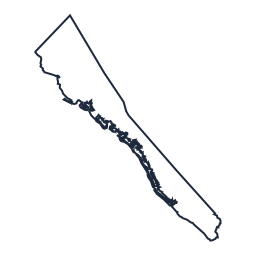 the district of West Areare, Malaita, Solomon Islands
{"feature_id": "97153195B24972598877483", "entity_name": "West Areare", "entity_type": "district", "adm_level": 2, "iso_a3": "SLB", "parent_name": "Solomon Islands", "parent_adm1": "Malaita", "projection": "natural_earth1", "projection_center": [161.183, -9.358], "detail": "fine", "context": "isolated", "style": "outline", "palette": "slate", "viewbox_px": 256, "rotation_deg": 0, "n_neighbors": 0, "source": "geoboundaries", "source_scale": "gbopen_adm2", "svg_char_len": 5988}
<svg xmlns="http://www.w3.org/2000/svg" viewBox="0 0 256 256"><path d="M35.4,51.6L35.4,52.4L37.8,55.2L40.8,57.2L41.3,59.0L40.5,63.5L41.2,64.6L40.5,66.4L43.0,68.7L42.8,70.2L43.9,71.1L44.4,72.2L54.3,75.2L56.1,76.2L57.5,75.5L59.0,76.5L59.8,77.8L57.6,76.4L57.4,78.9L58.1,81.8L57.8,83.8L60.0,84.6L59.8,87.9L62.1,90.8L63.1,93.7L67.7,98.4L69.7,99.1L70.3,100.5L71.2,100.3L71.1,101.1L72.1,101.8L71.7,102.5L71.6,101.9L70.7,102.1L66.6,100.5L64.7,98.8L63.7,99.6L70.1,102.8L74.1,104.0L76.4,103.4L76.7,102.2L78.1,100.3L79.0,100.2L81.6,102.2L81.3,103.6L79.6,105.3L80.5,107.3L84.6,109.8L87.0,110.2L88.3,109.0L88.2,107.3L85.8,108.0L84.0,107.4L82.2,105.8L82.5,104.0L82.1,102.8L82.6,102.6L82.8,104.4L84.2,106.5L87.0,106.9L87.4,106.7L86.8,105.8L85.4,105.7L84.9,102.8L85.3,102.7L85.8,104.1L86.3,102.6L86.9,102.8L87.2,101.9L88.8,103.7L90.1,102.5L90.0,101.5L91.2,100.5L91.2,102.5L91.7,103.1L90.5,103.8L91.5,105.1L91.4,105.7L90.4,105.6L90.3,106.2L90.5,106.9L91.4,106.4L92.1,107.1L91.3,107.6L92.0,108.0L91.5,109.0L92.6,108.7L91.2,109.7L93.3,109.0L93.9,109.8L92.8,109.9L93.1,110.5L92.3,110.8L91.1,110.6L91.0,111.2L90.3,109.1L89.2,111.2L91.2,115.3L94.5,118.7L96.1,119.1L96.1,117.9L98.6,115.0L98.9,115.8L100.1,116.2L99.6,117.5L100.0,117.9L101.0,117.9L101.7,119.0L102.3,118.3L102.7,118.6L102.6,119.3L103.0,119.2L102.4,120.1L103.3,120.6L103.9,122.1L105.5,121.8L105.6,120.8L106.5,121.3L107.6,120.9L108.3,122.0L110.5,121.1L111.6,122.5L111.4,123.5L114.9,125.1L115.1,125.9L113.4,126.1L112.3,125.2L111.3,125.8L111.0,126.4L111.8,126.6L112.3,128.9L113.7,128.0L115.6,128.4L116.6,129.7L116.1,130.8L116.9,130.3L117.3,130.8L118.5,129.5L119.0,131.9L119.9,131.7L120.0,132.7L121.4,131.5L120.0,134.1L120.7,133.9L121.7,134.7L122.7,134.0L122.8,132.6L123.5,133.1L122.9,134.1L123.6,134.1L124.0,133.2L125.4,133.5L126.0,132.5L127.3,133.1L127.3,134.2L126.5,134.2L126.4,135.8L124.8,135.1L124.7,136.2L122.6,137.5L123.2,138.1L124.1,137.0L125.6,137.1L128.6,139.4L128.8,138.8L130.1,139.3L129.6,140.2L129.0,139.4L128.5,140.4L129.0,141.0L130.0,140.7L131.5,142.4L131.0,143.4L132.5,145.3L132.1,146.2L132.9,147.0L133.4,146.2L132.4,144.5L132.7,143.2L132.1,141.8L132.8,142.6L132.8,143.5L134.0,144.6L132.9,140.3L135.7,139.7L135.1,141.3L135.6,144.3L136.3,144.0L135.9,141.7L136.3,141.7L136.0,142.2L136.3,142.4L136.6,140.6L137.1,143.0L137.9,143.8L137.6,145.2L139.2,145.2L138.4,144.6L138.0,143.0L139.1,144.0L139.4,145.6L138.6,146.5L140.2,145.6L141.3,145.8L141.7,146.7L141.0,146.9L141.3,147.6L139.4,147.4L140.5,148.8L138.9,147.9L137.8,148.4L136.9,147.0L136.1,147.8L137.1,147.9L137.4,149.6L138.1,149.3L140.7,150.8L140.1,151.6L141.1,151.9L140.5,152.2L141.1,152.8L142.3,152.4L142.0,153.1L142.9,153.4L142.6,154.6L143.0,155.5L144.9,156.3L144.1,156.9L142.5,156.6L142.4,157.0L145.3,158.3L145.7,159.3L143.2,159.3L144.1,160.7L144.9,160.7L145.0,161.7L146.3,161.3L148.1,164.4L148.5,163.0L149.3,165.1L149.0,165.5L149.6,166.0L149.1,166.6L149.4,167.9L150.0,168.2L149.4,169.0L152.1,169.5L152.2,170.5L151.3,172.0L153.4,173.1L152.5,173.8L153.0,174.3L152.6,174.8L151.9,174.4L151.5,175.0L152.7,177.1L153.1,175.3L153.6,174.5L154.0,174.9L155.9,179.8L156.6,180.1L157.2,181.1L156.3,181.0L156.3,180.2L155.8,180.0L155.4,179.3L154.8,179.5L155.9,181.7L155.9,183.2L156.7,183.8L157.9,182.7L158.4,182.9L158.1,184.4L158.8,184.6L157.9,186.1L159.7,187.0L158.7,187.3L158.6,188.7L159.6,190.7L162.2,192.0L161.8,192.7L166.4,196.8L167.5,198.6L168.7,198.7L170.6,201.8L171.0,199.2L171.7,201.6L172.3,199.9L172.5,200.9L173.9,201.3L175.2,200.3L175.6,201.2L175.1,201.9L176.7,202.2L176.4,203.0L175.0,203.1L174.2,204.1L173.4,204.0L172.0,206.7L176.8,212.1L177.4,212.0L177.4,213.7L180.0,216.5L181.6,217.0L182.6,218.1L186.9,219.6L190.8,222.4L192.8,223.0L194.0,224.6L204.1,233.5L207.8,238.5L209.7,239.3L210.0,240.3L210.9,240.6L212.8,240.1L215.3,238.9L216.4,237.3L217.8,237.4L217.2,233.8L215.3,231.7L217.1,227.0L218.4,227.3L218.4,226.2L219.8,224.6L219.8,223.4L220.5,223.2L220.6,221.3L219.9,219.0L217.4,217.7L217.0,215.7L214.5,214.4L215.3,214.1L215.0,213.3L176.3,170.2L128.5,115.3L126.2,111.2L123.6,101.9L104.4,73.2L70.0,15.4L35.4,51.6ZM171.7,205.2L172.5,202.1L170.9,203.3L170.4,202.3L169.3,202.3L166.0,199.3L165.3,197.9L164.4,197.8L156.4,191.3L155.4,188.9L154.4,189.3L154.3,190.3L156.9,193.9L163.9,199.5L170.0,205.6L171.7,205.2ZM154.8,186.3L152.8,181.0L148.7,174.7L149.5,175.1L149.9,174.5L147.8,174.0L147.5,174.7L148.0,176.7L151.0,181.4L152.9,187.0L153.8,187.4L154.8,186.3ZM107.4,121.7L105.8,121.8L105.5,122.6L106.7,123.7L106.9,124.6L105.3,127.2L103.5,126.2L101.0,123.5L100.6,122.1L98.6,121.0L97.5,119.4L97.0,119.1L95.7,119.9L96.5,121.3L100.0,123.5L103.0,128.0L104.5,128.8L106.9,127.8L107.1,124.0L106.4,122.5L107.4,121.7ZM148.3,172.3L147.0,169.5L146.0,169.0L145.8,167.0L143.1,164.0L141.9,160.9L141.1,160.1L141.1,159.0L138.3,155.2L136.1,153.7L136.3,154.5L139.2,157.8L141.4,163.0L147.8,173.0L148.3,172.3ZM132.8,147.7L131.9,147.3L131.7,146.0L131.1,145.3L130.2,145.2L124.0,140.3L122.9,139.8L122.9,140.5L122.2,140.8L121.9,140.0L122.6,139.7L122.4,138.9L121.6,138.8L121.7,139.4L121.2,139.1L121.5,137.6L119.6,138.2L119.9,139.6L121.0,141.0L124.6,142.1L128.0,144.2L131.4,148.2L132.8,147.7ZM135.3,153.1L134.0,151.5L133.6,149.9L132.4,150.1L133.1,151.7L135.3,153.1ZM111.6,129.8L110.6,128.5L110.5,127.0L110.0,126.8L109.6,128.9L111.1,130.1L111.6,129.8ZM114.0,132.1L112.6,130.4L111.5,130.2L112.2,131.2L114.0,132.1ZM120.0,136.1L118.0,135.3L117.7,135.7L119.4,137.1L120.0,136.1ZM151.8,173.2L151.2,172.1L150.7,171.9L150.7,173.0L151.8,173.2ZM155.2,178.7L154.5,177.9L153.5,178.1L154.6,179.0L155.2,178.7ZM147.6,167.8L146.8,167.2L146.5,168.0L147.2,168.4L147.6,167.8ZM158.4,188.5L158.2,187.8L157.7,188.3L157.9,189.1L158.4,188.5ZM156.7,186.1L157.1,185.0L156.4,186.0L156.7,186.1ZM130.3,145.1L130.9,144.3L130.0,144.8L130.3,145.1ZM115.7,131.7L115.9,130.9L115.3,131.2L115.7,131.7ZM98.6,119.3L98.6,118.4L98.2,118.8L98.6,119.3ZM118.9,132.7L118.8,132.0L118.4,131.4L118.4,132.1L118.9,132.7ZM124.5,137.6L124.1,137.8L124.0,138.6L124.5,138.4L124.5,137.6ZM105.2,123.5L105.2,122.7L105.2,123.5Z" fill="none" stroke="#1e293b" stroke-width="2"/></svg>